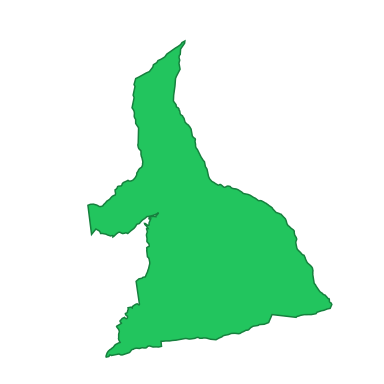 Vazquez de Coronado, San José, Costa Rica (orthographic projection), rotated 349°
{"feature_id": "36466004B47934258203273", "entity_name": "Vazquez de Coronado", "entity_type": "district", "adm_level": 2, "iso_a3": "CRI", "parent_name": "Costa Rica", "parent_adm1": "San José", "projection": "orthographic", "projection_center": [-83.961, 10.077], "detail": "fine", "context": "isolated", "style": "filled", "palette": "green", "viewbox_px": 384, "rotation_deg": 349, "n_neighbors": 0, "source": "geoboundaries", "source_scale": "gbopen_adm2", "svg_char_len": 6067}
<svg xmlns="http://www.w3.org/2000/svg" viewBox="0 0 384 384"><g transform="rotate(349 192 192)"><path d="M191.1,99.2L192.5,93.4L195.5,84.7L197.5,77.4L198.9,75.3L203.7,69.2L203.8,63.0L205.1,60.2L204.9,57.6L205.5,55.7L206.7,54.7L208.1,49.5L213.1,44.6L213.8,42.4L210.7,43.4L209.0,45.1L206.0,46.5L203.2,47.5L193.6,51.8L191.1,54.2L187.2,55.7L183.7,56.5L182.1,58.3L178.4,59.7L177.4,61.9L173.1,65.7L169.8,66.4L161.5,69.1L158.4,69.9L155.6,75.5L156.2,77.5L152.7,85.7L153.2,88.3L149.2,97.9L150.1,100.0L150.6,101.8L150.5,103.7L149.7,106.6L149.8,108.0L150.5,110.0L149.8,114.0L151.8,118.8L148.5,133.8L147.8,135.5L147.8,137.7L148.0,139.0L148.6,140.3L148.9,140.7L149.1,140.7L149.7,141.7L149.5,143.4L149.1,145.3L149.1,147.5L149.4,148.7L149.5,152.7L149.3,153.8L148.9,154.6L148.7,155.8L147.8,157.5L146.8,158.3L145.0,159.0L143.6,160.3L142.9,161.4L141.6,162.6L141.2,163.6L141.0,164.6L140.6,165.2L139.0,167.1L137.0,168.6L136.4,169.0L135.4,169.3L134.5,169.5L133.2,169.5L132.1,169.1L131.5,168.4L130.9,168.4L130.4,168.7L126.5,169.6L125.3,170.4L124.4,171.9L123.7,172.5L120.8,172.3L120.0,172.5L119.4,173.6L118.8,174.2L118.4,174.6L116.9,175.2L116.7,176.7L116.7,178.7L116.4,179.6L115.8,180.4L114.5,180.5L113.0,181.0L111.5,182.0L109.7,183.5L106.5,184.8L105.2,186.0L102.7,187.6L102.1,188.4L101.1,188.8L99.0,188.8L98.2,188.5L97.5,188.0L96.9,187.3L95.7,186.5L92.9,185.1L89.8,184.7L87.3,185.2L85.3,214.5L90.6,210.0L93.4,212.4L93.7,212.8L94.1,213.8L94.4,215.3L96.1,215.6L99.6,217.0L100.8,218.0L103.7,219.6L105.4,219.5L106.0,219.7L106.0,220.0L105.8,221.0L106.8,220.6L110.1,218.5L112.1,217.6L113.5,217.7L114.8,218.8L116.1,219.6L117.8,219.6L119.4,219.4L121.0,220.5L124.4,218.5L128.0,216.7L130.0,215.1L130.9,213.9L131.8,213.2L132.1,213.0L133.6,213.0L134.5,212.8L135.3,212.0L138.1,210.0L140.6,209.0L143.1,207.5L145.1,207.7L149.3,207.5L152.5,206.9L154.0,206.4L154.5,206.0L154.8,206.1L154.8,206.7L154.1,207.0L153.4,207.8L152.3,208.0L151.9,209.4L149.0,208.5L146.9,208.6L145.0,209.2L144.7,209.6L144.8,210.3L146.3,210.6L144.2,213.7L143.9,214.3L143.7,215.7L143.2,216.4L142.0,216.1L140.1,214.0L139.4,213.8L139.5,214.8L140.9,216.9L141.9,219.5L140.8,219.2L140.3,219.5L140.6,221.6L140.5,222.8L139.3,224.8L139.0,225.9L139.0,229.0L138.3,231.8L138.5,232.6L139.8,234.7L139.8,236.5L139.5,237.2L137.7,237.6L136.9,238.1L136.8,239.6L136.4,240.8L135.9,247.1L136.8,248.3L137.1,249.6L137.1,252.9L136.8,254.4L134.7,259.0L133.8,260.4L132.9,262.2L131.8,263.6L130.0,266.4L127.5,266.4L126.4,267.1L123.4,267.1L120.1,269.0L119.0,292.2L118.7,292.7L118.3,292.7L116.9,291.3L115.7,291.4L113.7,292.1L111.8,293.1L112.0,292.9L111.9,292.9L111.5,293.4L111.2,294.4L110.1,293.4L107.1,293.4L107.0,295.2L106.4,295.8L105.5,297.9L104.6,298.4L103.5,298.5L103.3,298.8L103.5,299.8L103.8,300.5L105.0,301.7L104.7,303.0L104.3,303.5L103.9,303.8L103.3,303.8L102.7,303.5L102.3,303.0L101.9,302.2L99.4,302.8L97.8,304.1L97.0,304.5L96.7,304.9L96.7,305.6L97.7,307.1L97.7,307.4L96.0,308.1L92.6,309.3L92.3,309.6L92.5,310.4L93.6,312.5L94.0,313.9L94.0,315.4L93.1,317.1L92.8,317.9L92.2,321.1L91.9,321.7L91.9,323.0L92.7,326.0L91.4,326.1L88.0,327.1L87.2,327.5L85.1,329.4L83.7,330.0L82.6,330.7L81.4,331.1L79.3,332.4L77.9,333.9L76.5,336.3L76.2,337.2L76.3,337.7L79.0,337.6L80.3,336.2L81.1,336.6L81.6,337.1L89.5,337.1L91.0,338.3L91.7,338.5L92.8,338.6L99.7,337.7L100.8,337.1L102.1,335.8L103.0,335.2L104.4,335.2L105.6,334.7L107.7,334.7L110.5,335.6L113.3,335.3L114.7,335.8L116.3,336.2L117.4,336.2L118.2,335.8L118.8,335.2L119.3,335.0L121.0,335.0L124.1,336.7L127.4,337.2L129.6,337.8L132.6,337.7L133.1,332.6L133.4,332.6L134.4,332.9L138.1,333.2L141.6,333.9L144.4,334.0L148.0,334.4L157.5,334.5L159.0,334.9L161.1,335.8L162.6,336.0L166.9,336.2L168.6,335.8L170.2,335.8L171.8,337.1L174.1,337.5L175.8,337.5L178.2,338.1L182.2,340.1L187.4,341.6L190.7,340.5L193.7,339.9L194.8,339.2L196.6,338.9L200.6,338.9L203.1,338.4L204.1,338.4L207.2,338.9L210.7,340.0L212.1,340.0L214.1,339.2L216.1,338.8L218.6,338.0L219.8,338.2L221.2,338.1L223.7,336.4L226.4,335.4L231.4,335.6L232.8,335.0L237.6,335.6L242.3,334.8L247.2,327.6L270.3,334.9L271.3,334.2L273.3,334.1L275.0,333.8L278.6,333.8L285.9,335.1L290.5,335.1L291.8,333.9L296.5,333.3L298.8,333.3L302.6,332.6L305.4,332.6L307.8,329.1L307.4,327.5L306.6,327.0L306.0,325.9L306.3,323.5L306.1,322.8L305.5,322.7L304.9,322.1L304.4,320.9L303.9,320.4L303.9,320.1L303.5,319.6L303.2,318.8L301.4,317.7L300.5,316.2L298.9,314.7L298.1,313.3L295.8,308.0L295.6,307.0L294.5,304.9L294.8,296.0L295.1,294.9L295.1,294.0L295.4,293.6L295.4,293.0L295.7,292.5L295.7,289.6L295.1,288.1L294.2,286.7L292.0,283.9L291.4,282.6L290.6,279.4L290.6,278.5L289.9,275.5L289.4,275.1L289.1,275.1L288.7,274.8L288.3,274.4L287.2,272.5L287.0,272.0L286.8,271.9L285.9,270.4L285.6,270.3L284.4,268.1L284.2,266.8L284.2,261.6L284.5,260.5L285.6,258.7L285.8,258.1L285.6,256.5L284.6,253.9L284.6,251.3L284.9,249.9L284.3,248.6L282.1,246.2L280.8,244.2L280.1,243.6L279.6,242.8L279.6,242.3L279.3,241.8L279.1,240.7L279.0,238.6L278.6,236.4L278.3,235.8L278.1,235.6L277.8,234.9L277.2,234.2L275.9,232.0L275.7,231.8L275.3,230.9L274.3,230.4L273.6,229.8L270.6,228.1L268.0,223.9L267.8,223.0L266.4,221.3L265.3,220.4L264.3,219.1L263.5,218.4L263.0,217.6L261.5,216.5L260.5,215.5L258.5,213.9L257.6,213.5L256.0,213.3L255.3,212.9L253.1,210.3L251.4,209.1L248.6,206.4L246.6,205.1L242.9,203.6L241.9,203.0L240.8,201.5L237.6,198.5L236.0,197.5L235.7,197.5L235.5,197.3L233.4,196.6L232.3,196.1L231.2,195.2L230.5,193.9L229.9,193.6L228.4,193.0L227.5,193.0L225.6,193.6L224.8,193.6L224.1,193.2L223.6,192.7L223.2,192.1L221.6,190.2L221.1,190.0L220.4,190.0L219.5,190.4L218.9,190.2L216.4,188.0L215.2,186.7L213.6,185.5L212.1,183.0L211.7,182.1L211.2,179.8L211.1,172.9L210.9,171.8L210.0,169.7L210.0,164.7L209.0,163.0L207.5,159.2L205.4,151.4L204.3,149.1L204.3,147.4L204.6,145.8L204.6,143.4L204.7,142.5L205.3,141.2L205.3,140.5L205.1,140.0L203.9,138.9L203.0,137.1L203.1,130.1L202.1,127.3L201.3,126.0L201.3,125.7L199.7,124.0L198.5,122.0L198.2,118.1L197.6,116.9L197.2,115.4L196.0,114.3L195.6,113.7L195.3,112.8L195.4,110.0L195.0,109.4L195.0,107.8L194.4,106.7L192.9,105.5L193.0,103.3L191.1,99.2Z" fill="#22c55e" stroke="#15803d" stroke-width="1.5"/></g></svg>